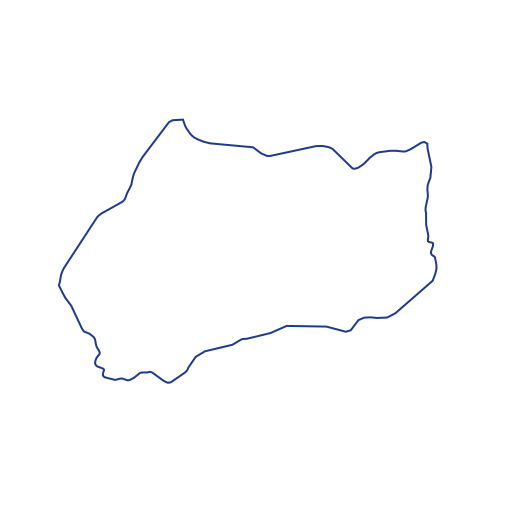 the Prefecture of Logone Occidental, rotated 23°
{"feature_id": "TCD-1484", "entity_name": "Logone Occidental", "entity_type": "Prefecture", "adm_level": 1, "iso_a3": "TCD", "parent_name": "Chad", "parent_adm1": "", "projection": "equal_earth", "projection_center": [15.903, 8.748], "detail": "fine", "context": "isolated", "style": "outline", "palette": "blue", "viewbox_px": 512, "rotation_deg": 23, "n_neighbors": 0, "source": "natural_earth", "source_scale": "10m", "svg_char_len": 2044}
<svg xmlns="http://www.w3.org/2000/svg" viewBox="0 0 512 512"><g transform="rotate(23 256 256)"><path d="M366.3,85.3L369.8,85.7L371.9,90.0L382.6,105.4L385.9,115.7L386.1,121.0L386.4,123.9L387.7,127.7L390.4,132.8L391.2,134.9L393.0,144.2L393.8,146.9L394.7,148.6L395.6,149.7L400.5,160.9L406.2,169.2L407.0,170.7L407.9,174.1L408.5,175.2L409.7,175.5L413.1,174.9L414.1,175.2L415.0,177.7L415.3,183.0L415.9,185.0L417.3,186.2L418.8,186.6L420.1,186.7L421.2,187.3L424.9,192.6L427.1,197.0L428.0,202.2L428.3,209.7L406.7,254.2L400.8,261.4L391.3,265.9L385.6,267.6L379.8,270.4L375.4,274.9L372.2,287.4L368.3,290.6L348.3,293.5L311.5,308.4L299.5,321.2L279.6,336.0L276.9,337.2L275.1,338.5L268.9,347.0L246.3,363.6L239.9,372.4L237.3,385.2L237.4,386.7L237.1,388.8L236.1,391.1L227.1,405.3L225.8,406.4L223.9,407.2L219.8,407.0L206.0,403.8L203.7,404.0L201.4,405.7L196.1,408.0L195.0,409.0L194.2,410.3L191.2,415.9L188.4,419.3L187.3,420.2L186.0,420.7L181.2,421.0L179.8,421.4L178.6,422.2L176.4,423.9L175.3,424.7L174.2,425.2L164.5,426.7L163.0,426.5L161.7,425.7L161.0,423.6L160.7,420.3L159.7,419.5L157.7,419.4L154.1,419.7L152.5,419.6L151.0,418.9L149.8,417.7L149.1,415.2L149.0,412.9L149.3,410.7L150.3,407.6L149.9,406.0L148.4,404.4L145.1,402.2L142.8,399.4L141.5,397.2L140.0,395.3L137.9,393.9L133.1,392.6L127.0,392.7L124.0,390.7L105.5,374.1L96.3,368.7L86.1,360.2L85.5,356.1L84.2,350.8L83.9,348.8L83.7,344.9L84.0,341.6L94.6,282.5L95.5,280.1L97.4,276.9L111.8,258.3L112.6,256.6L113.1,254.5L112.8,248.5L113.4,240.8L113.3,238.6L112.9,236.6L111.8,231.1L111.5,227.0L112.0,215.5L113.0,208.9L123.6,166.8L126.2,163.6L135.5,159.0L139.8,163.8L142.0,165.6L147.2,168.9L149.6,170.1L152.6,171.0L156.0,171.4L162.8,171.3L169.5,170.3L210.8,157.1L220.6,159.5L227.0,159.6L229.9,158.4L268.3,131.4L274.3,128.7L279.7,127.5L282.6,127.3L284.9,127.6L310.5,137.6L311.9,137.5L313.8,136.4L315.9,134.4L319.1,129.4L322.6,120.7L324.9,116.5L326.7,114.1L328.8,112.4L338.3,106.8L344.2,104.3L349.9,102.6L352.6,101.4L354.3,99.8L356.5,97.4L363.9,87.1L366.3,85.3Z" fill="none" stroke="#1e3a8a" stroke-width="2"/></g></svg>